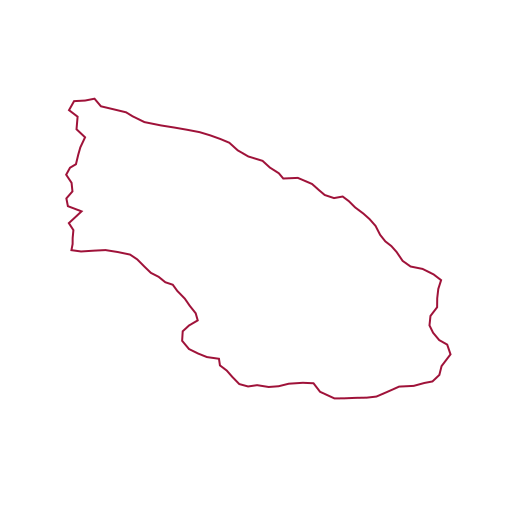 outline of São João das Duas Pontes, São Paulo, Brazil, rotated 99°
{"feature_id": "56859067B69190017157520", "entity_name": "São João das Duas Pontes", "entity_type": "district", "adm_level": 2, "iso_a3": "BRA", "parent_name": "Brazil", "parent_adm1": "São Paulo", "projection": "equal_earth", "projection_center": [-50.384, -20.408], "detail": "fine", "context": "isolated", "style": "outline", "palette": "rose", "viewbox_px": 512, "rotation_deg": 99, "n_neighbors": 0, "source": "geoboundaries", "source_scale": "gbopen_adm2", "svg_char_len": 1563}
<svg xmlns="http://www.w3.org/2000/svg" viewBox="0 0 512 512"><g transform="rotate(99 256 256)"><path d="M161.0,264.4L158.9,279.2L154.5,290.6L148.3,300.1L146.0,309.6L144.0,320.1L142.5,331.0L142.1,343.8L141.9,356.7L141.9,370.3L141.2,387.2L137.3,399.8L134.4,406.8L133.3,420.7L132.4,432.6L125.9,440.1L129.2,449.1L131.5,459.9L141.2,463.5L146.3,454.0L158.9,453.1L165.5,443.4L176.2,446.5L183.6,447.4L193.5,448.2L197.9,453.5L205.4,456.2L212.6,449.6L220.9,447.4L228.8,452.3L236.2,449.6L239.2,435.3L247.0,441.4L252.8,446.0L259.0,440.4L266.9,439.9L272.9,439.0L279.1,439.2L278.9,429.5L275.9,416.1L273.7,405.6L273.7,393.0L274.3,380.6L277.9,372.8L283.9,364.6L289.1,357.2L291.8,348.9L296.1,341.5L297.4,333.7L302.8,328.3L309.3,319.6L315.5,313.7L322.0,306.6L328.7,303.5L335.1,311.3L341.8,316.6L351.3,315.7L358.4,307.6L361.4,297.9L363.5,288.7L363.3,276.5L369.7,274.5L373.7,267.0L379.2,260.4L385.1,252.5L386.1,243.4L383.4,234.7L383.4,223.0L381.1,213.3L377.0,203.6L373.9,189.9L372.7,179.3L380.1,171.5L384.4,156.2L382.7,146.2L380.5,135.3L378.6,124.5L376.0,115.1L370.0,105.6L362.6,94.2L359.6,79.9L355.1,69.9L352.3,62.1L344.8,56.3L335.7,55.5L322.7,48.5L313.6,53.3L310.4,61.9L304.1,69.1L297.4,73.8L287.9,74.3L278.3,69.1L269.4,70.4L260.0,70.8L250.9,69.4L246.4,77.7L242.7,89.5L242.2,101.7L237.9,110.4L230.0,117.8L225.0,123.9L221.3,130.6L215.7,136.7L207.6,142.6L201.8,149.6L197.3,156.6L192.5,165.7L187.3,172.9L183.7,179.7L186.6,188.0L185.0,197.7L181.1,204.1L176.1,211.9L172.3,226.9L175.2,241.2L170.7,246.4L166.5,256.1L161.0,264.4Z" fill="none" stroke="#9f1239" stroke-width="2"/></g></svg>